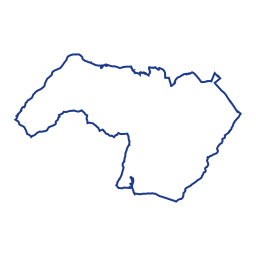 Codlea, Brasov, Romania (orthographic projection)
{"feature_id": "2599482B67290406557630", "entity_name": "Codlea", "entity_type": "district", "adm_level": 2, "iso_a3": "ROU", "parent_name": "Romania", "parent_adm1": "Brasov", "projection": "orthographic", "projection_center": [25.433, 45.714], "detail": "fine", "context": "isolated", "style": "outline", "palette": "blue", "viewbox_px": 256, "rotation_deg": 0, "n_neighbors": 0, "source": "geoboundaries", "source_scale": "gbopen_adm2", "svg_char_len": 5769}
<svg xmlns="http://www.w3.org/2000/svg" viewBox="0 0 256 256"><path d="M176.1,201.6L178.3,199.7L180.2,199.0L180.9,199.1L181.4,198.9L182.6,197.7L182.8,197.1L183.2,196.7L183.1,195.8L183.4,195.3L183.5,194.4L183.5,193.0L184.7,191.9L185.3,190.9L185.4,190.2L185.1,189.7L185.7,188.4L186.9,187.6L187.5,187.4L188.2,186.9L190.9,185.5L191.5,184.7L195.4,182.1L198.0,179.9L199.5,179.2L201.2,177.8L201.8,176.9L202.0,175.9L202.6,175.4L202.9,174.4L203.8,172.5L204.0,172.2L205.0,172.1L205.7,171.2L205.7,170.7L205.1,168.7L205.2,168.1L206.2,167.2L207.0,166.9L208.2,164.9L208.2,164.5L208.1,163.5L207.7,162.6L207.5,161.6L207.0,160.8L207.2,159.8L207.8,158.8L207.8,158.2L207.5,157.4L208.0,157.0L208.6,157.2L209.1,157.1L210.1,156.0L211.9,155.6L212.8,154.7L213.1,154.7L216.4,153.3L217.1,152.8L217.8,151.5L217.9,150.8L217.9,150.4L217.3,149.6L217.1,148.5L217.2,148.1L218.4,145.9L220.0,144.1L220.6,143.6L221.6,143.1L222.0,142.6L222.6,140.9L222.3,140.0L222.4,138.8L222.6,138.6L223.7,138.5L224.8,137.7L225.0,136.5L224.7,135.9L224.8,135.7L225.2,135.0L225.9,134.7L227.0,133.8L228.6,132.8L228.9,131.8L229.3,131.7L229.8,131.2L229.7,130.7L229.9,130.4L231.0,129.6L231.4,128.9L231.7,127.5L232.8,126.0L233.6,123.2L234.5,122.3L234.7,121.3L236.4,119.5L237.6,118.0L238.2,117.8L240.6,113.6L237.6,111.3L237.3,111.7L231.2,102.5L230.9,102.1L230.8,102.3L229.7,100.8L225.5,94.3L223.2,91.8L222.3,91.4L215.8,84.3L214.7,82.9L220.2,78.4L218.1,75.9L217.7,76.3L214.7,73.1L211.3,81.4L210.0,80.9L208.9,81.1L207.3,81.1L207.3,81.3L203.9,82.1L201.3,82.0L198.6,78.4L194.6,73.8L194.1,73.4L192.1,72.3L191.8,72.7L190.2,73.5L189.0,73.9L188.8,73.4L186.6,74.4L186.4,73.8L183.8,74.2L182.3,75.3L181.6,75.4L179.7,76.8L177.9,77.4L177.2,78.0L175.7,79.7L174.8,81.5L175.1,82.0L174.4,82.9L174.7,83.3L171.7,85.8L171.1,85.9L170.9,85.0L170.8,84.3L168.9,77.8L165.2,77.8L165.0,72.9L164.9,72.4L163.9,70.6L162.9,69.5L159.3,67.9L158.9,68.5L158.9,69.1L158.7,69.2L158.7,69.7L158.4,69.7L157.7,69.4L156.2,68.0L155.8,67.9L155.7,67.5L155.5,67.3L154.7,67.3L153.9,67.9L153.3,67.7L152.9,67.9L152.3,67.6L151.1,67.7L149.3,67.2L148.9,68.0L149.0,68.9L149.2,69.1L149.7,70.3L149.6,71.1L150.1,71.8L150.2,72.0L149.7,73.2L148.7,74.4L148.6,75.4L146.9,74.4L145.6,73.1L145.0,72.9L145.1,73.1L144.9,73.7L144.2,73.3L143.6,72.7L143.3,72.6L142.2,73.2L141.0,72.2L139.8,72.5L139.7,72.7L139.7,73.0L139.9,73.5L139.9,74.6L139.3,74.0L138.3,73.4L135.9,72.9L135.2,72.5L134.9,72.9L134.3,72.1L134.3,71.8L133.1,70.8L133.5,70.3L132.5,70.4L132.4,70.3L132.0,68.3L131.2,67.7L131.2,66.6L125.5,66.7L124.5,67.1L123.9,66.9L123.4,67.0L121.8,67.6L120.1,68.0L119.4,67.9L116.0,66.6L114.2,66.3L111.8,66.3L106.7,64.7L105.5,64.5L105.4,64.7L107.0,65.7L106.9,65.9L106.4,66.0L104.6,65.1L103.8,65.2L103.2,65.5L102.3,65.5L102.4,66.1L102.8,66.4L102.0,67.3L101.9,67.7L101.1,68.0L100.9,67.3L101.1,65.8L100.9,65.5L99.3,65.7L95.6,65.1L93.1,63.9L91.4,63.2L91.0,62.4L90.3,62.7L89.6,62.5L84.8,60.7L82.8,59.2L82.4,58.3L82.3,57.2L82.0,56.8L80.9,55.7L79.2,54.5L78.6,54.4L72.9,54.5L72.1,54.7L70.4,55.2L67.8,56.6L66.9,58.5L66.5,59.9L64.3,62.7L62.2,65.7L60.2,68.1L54.0,70.8L52.2,72.4L51.8,74.7L51.4,75.3L47.2,78.8L45.5,82.2L44.7,84.4L44.6,85.4L44.2,86.4L41.0,89.0L37.3,90.8L36.0,91.7L33.2,94.8L32.0,97.7L29.9,99.2L28.5,100.0L27.7,100.6L27.2,101.2L27.0,101.9L25.6,103.1L25.0,106.1L24.1,107.3L23.1,106.9L21.6,108.5L21.3,110.5L20.9,110.4L20.7,111.3L18.8,113.5L18.0,113.9L17.8,114.6L16.9,115.6L17.3,115.6L17.7,115.2L17.8,115.3L17.2,117.1L16.3,118.9L15.4,119.7L18.2,121.4L19.0,122.8L19.2,124.1L20.2,125.0L22.7,126.1L24.2,127.1L25.9,130.2L27.3,134.1L28.3,134.4L29.3,135.0L30.7,136.1L31.2,137.0L31.9,136.3L32.6,135.8L34.1,135.4L36.0,134.0L36.7,133.1L39.5,131.6L40.6,131.7L42.7,131.6L43.9,131.2L45.1,131.2L47.2,130.1L47.2,129.7L48.9,127.2L54.3,125.0L55.6,124.0L55.9,123.2L55.7,122.3L55.9,121.6L56.4,120.9L57.4,120.3L58.0,119.3L58.4,117.5L59.6,116.7L58.9,115.1L62.5,113.5L63.8,111.7L65.5,112.1L66.4,112.0L67.2,111.7L70.6,110.8L72.3,110.9L73.6,110.4L75.2,111.0L78.2,111.6L79.8,111.2L81.2,110.5L82.1,110.5L82.4,111.1L84.5,112.9L84.9,113.8L85.8,114.7L87.2,115.3L86.5,118.7L87.0,119.6L87.5,121.8L87.5,123.1L89.0,122.7L92.9,123.3L93.9,124.3L95.7,125.5L97.3,127.2L97.5,127.2L98.2,127.7L99.6,130.8L100.0,130.5L101.6,130.1L102.1,129.7L102.7,129.6L103.4,130.1L104.1,131.4L105.0,132.1L105.9,133.6L108.2,134.3L109.1,135.3L110.0,135.8L111.0,135.9L111.8,135.6L114.1,137.2L115.2,135.6L116.0,135.2L116.2,134.8L117.1,134.8L117.5,134.4L118.0,133.7L118.3,133.0L120.6,134.0L122.1,134.1L127.3,133.7L127.4,134.0L127.7,134.3L128.1,135.8L128.5,136.1L128.7,139.2L129.1,140.7L129.5,141.1L129.4,142.9L129.2,143.9L129.3,144.8L129.0,144.7L128.7,145.2L126.8,148.9L126.6,150.5L126.2,151.1L125.7,152.9L125.4,153.4L125.3,156.2L125.1,157.0L124.6,157.8L124.6,159.1L124.1,160.9L124.4,161.2L124.0,161.9L122.8,163.1L122.8,164.3L122.6,164.9L122.6,165.5L123.0,166.5L123.6,167.1L123.4,168.4L121.7,174.3L121.7,174.7L119.8,178.7L119.2,178.9L118.7,180.2L117.7,181.8L117.4,182.1L117.2,183.7L116.8,184.5L116.4,185.1L116.3,185.4L117.3,186.2L117.6,187.0L118.6,188.0L118.9,187.9L120.3,188.1L121.0,188.3L122.6,188.2L123.5,187.7L124.0,187.6L129.1,187.9L129.0,187.7L129.5,187.1L130.8,187.8L131.3,187.4L131.5,187.0L131.5,184.9L131.1,184.7L131.0,184.3L130.6,184.3L130.4,183.8L131.8,183.4L132.3,182.6L132.5,181.5L132.8,181.1L132.4,180.5L131.9,180.4L131.9,179.4L130.9,177.9L130.5,177.6L130.6,177.0L130.4,176.5L132.2,178.1L132.5,178.7L133.1,178.6L133.2,179.1L133.0,179.6L133.3,180.6L133.3,181.3L133.2,181.8L132.8,182.6L132.8,183.2L132.7,183.4L132.4,184.2L132.2,184.3L132.0,186.8L132.3,187.4L132.5,188.5L133.5,191.1L133.7,192.6L134.8,194.2L135.3,193.5L138.4,194.1L141.7,194.2L142.0,193.8L143.7,193.7L144.7,193.8L148.6,193.4L150.7,193.6L152.3,193.2L153.7,193.7L155.2,193.7L159.6,196.1L161.9,196.7L174.1,200.8L174.3,200.7L176.1,201.6Z" fill="none" stroke="#1e3a8a" stroke-width="2"/></svg>